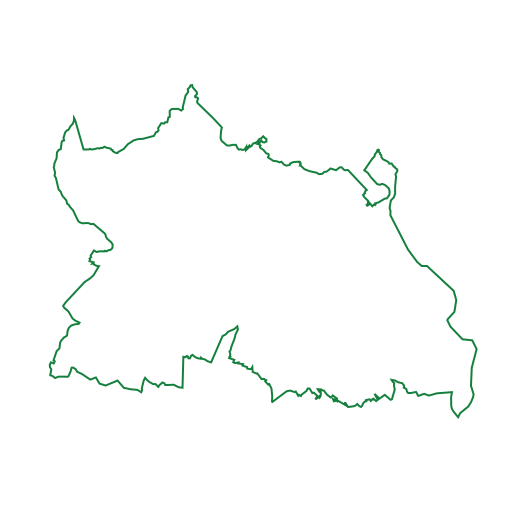 outline of Chilchotla, Puebla, Mexico, rotated 266°
{"feature_id": "50627088B92619426323393", "entity_name": "Chilchotla", "entity_type": "district", "adm_level": 2, "iso_a3": "MEX", "parent_name": "Mexico", "parent_adm1": "Puebla", "projection": "orthographic", "projection_center": [-97.21, 19.256], "detail": "fine", "context": "isolated", "style": "outline", "palette": "green", "viewbox_px": 512, "rotation_deg": 266, "n_neighbors": 0, "source": "geoboundaries", "source_scale": "gbopen_adm2", "svg_char_len": 6053}
<svg xmlns="http://www.w3.org/2000/svg" viewBox="0 0 512 512"><g transform="rotate(266 256 256)"><path d="M241.9,83.1L223.3,63.2L219.7,60.1L218.1,60.8L213.6,65.1L206.5,68.6L204.3,71.0L201.8,75.3L200.6,74.3L200.5,70.5L199.5,66.8L197.5,64.4L194.9,63.0L190.1,62.0L189.4,61.4L188.1,58.7L184.9,55.5L183.0,54.5L177.6,53.5L175.0,50.5L166.0,46.7L165.0,47.9L162.9,46.7L164.2,44.0L161.9,42.7L159.5,42.7L157.3,43.9L151.4,42.4L150.4,44.8L148.3,47.0L149.4,50.6L148.7,59.9L149.1,60.5L153.6,62.9L157.5,64.3L157.4,65.9L155.6,68.3L153.1,69.4L150.3,74.3L144.3,82.0L146.0,87.8L139.6,91.0L137.3,97.0L141.4,109.2L133.7,115.0L131.9,121.3L130.7,128.4L128.1,132.0L130.3,133.1L131.8,132.8L139.6,135.3L142.2,136.9L139.8,138.7L137.6,141.1L135.3,144.6L135.3,146.8L132.2,149.4L133.9,150.6L136.4,153.9L135.4,155.7L133.6,156.5L133.3,165.0L130.5,169.6L129.7,173.5L160.5,176.5L159.9,178.7L160.8,179.4L161.1,180.3L160.3,181.1L158.6,181.5L158.5,182.9L161.1,184.4L161.8,185.7L159.4,188.2L158.1,190.7L157.3,193.7L158.4,194.1L157.4,194.9L156.2,198.1L154.5,200.2L153.0,203.8L178.4,217.0L180.0,220.5L182.3,222.7L184.7,229.4L187.1,232.5L183.8,232.8L179.0,230.0L175.5,229.0L167.2,225.1L163.5,223.9L162.6,222.9L159.7,223.6L157.3,222.6L157.1,223.2L156.0,222.2L153.9,227.1L151.6,225.9L150.7,227.6L151.0,231.1L150.1,230.7L149.0,235.6L147.6,234.9L145.9,239.2L144.3,239.4L143.5,242.5L143.9,243.5L145.5,244.6L140.6,244.6L138.6,248.5L138.8,249.1L132.9,252.9L132.9,255.2L131.4,257.5L130.4,256.4L126.1,259.8L127.2,259.2L127.4,260.3L122.6,262.2L115.2,262.4L109.6,261.8L109.3,262.2L118.9,277.1L119.4,280.5L117.5,285.2L118.0,286.2L113.6,288.4L114.5,289.3L113.2,291.0L114.7,292.1L117.8,296.9L120.2,298.3L120.2,299.2L120.0,300.2L115.3,302.7L115.6,304.2L112.1,307.5L108.9,305.2L110.3,308.0L111.5,309.3L110.4,309.6L111.3,310.4L113.8,311.1L116.8,310.9L116.1,309.8L118.8,308.3L118.3,311.9L117.4,312.5L117.0,314.3L112.9,317.0L109.7,320.5L110.9,322.7L111.4,322.9L108.2,326.8L107.0,326.1L107.9,322.8L105.6,323.6L106.1,326.5L105.5,327.0L106.2,327.3L101.3,334.4L102.5,334.0L103.2,334.4L103.1,335.0L98.9,337.3L99.3,343.1L99.8,344.7L101.3,346.7L98.9,348.7L98.1,350.3L99.0,351.3L101.7,352.7L103.3,354.6L103.5,355.9L104.6,355.7L105.1,359.4L103.4,360.4L105.1,362.2L104.7,362.7L105.4,363.3L102.9,365.7L104.1,367.5L110.2,364.6L105.1,369.2L108.5,374.8L103.2,380.2L103.6,381.6L113.1,385.1L117.3,384.6L119.6,385.0L120.9,383.7L123.0,382.6L122.2,385.8L120.2,388.8L118.9,393.0L116.2,394.8L114.4,394.2L113.0,396.6L110.1,397.2L108.7,398.3L108.5,400.9L109.2,406.2L105.1,408.1L106.8,414.2L104.7,418.7L106.4,426.8L106.5,442.0L101.7,440.8L92.6,440.3L89.8,440.8L86.9,442.3L81.1,446.4L85.0,448.7L91.0,457.2L95.2,460.3L100.3,462.8L103.1,463.4L111.5,461.4L129.3,463.4L147.8,469.6L156.8,465.8L158.5,456.2L171.9,445.1L178.5,442.4L179.6,442.8L186.4,450.0L198.0,452.7L207.4,450.8L234.1,425.9L234.5,420.6L238.9,416.3L251.8,408.1L287.3,392.9L291.5,393.3L294.6,392.6L302.0,394.4L304.8,397.5L308.3,399.1L315.5,399.6L325.6,401.3L327.8,400.8L330.7,402.9L332.6,402.9L334.1,401.1L335.4,400.4L335.5,399.6L338.8,397.8L338.8,395.4L340.7,394.4L343.6,389.5L345.7,388.0L347.9,388.0L348.7,387.0L350.2,386.9L351.3,385.6L353.1,386.0L353.6,385.4L353.4,384.7L350.6,383.2L349.2,381.7L347.1,381.2L345.0,378.8L333.9,370.0L331.2,373.3L326.4,376.2L319.2,382.0L318.4,384.6L319.1,386.7L318.8,387.8L317.7,389.8L314.3,393.1L311.7,393.8L307.8,393.4L304.4,390.6L304.2,388.4L300.9,381.9L300.3,378.7L299.5,379.1L298.5,378.3L299.0,377.1L297.5,375.4L300.3,373.5L298.4,370.7L298.6,370.2L299.3,369.9L301.2,372.8L302.1,372.1L301.6,371.4L303.3,371.6L307.2,368.1L309.4,367.0L310.9,369.0L311.3,368.7L313.5,369.9L314.1,371.1L335.4,353.7L335.3,351.3L335.7,350.0L338.6,347.4L338.5,345.6L336.0,341.8L338.1,336.5L335.3,332.4L335.0,329.9L333.3,327.7L333.3,324.4L334.8,322.5L336.9,315.3L339.2,310.4L343.0,306.9L344.5,306.9L344.2,306.5L344.8,306.7L346.1,305.9L346.7,306.4L347.1,305.9L347.1,299.9L345.9,296.5L344.6,296.1L344.0,292.8L345.2,290.3L348.2,288.0L347.8,286.0L349.1,283.2L349.6,280.1L353.5,274.8L355.5,275.8L356.8,275.6L357.9,273.2L361.2,270.9L363.6,267.8L365.0,267.4L365.9,268.3L367.0,267.2L367.6,265.4L368.4,266.2L368.0,267.3L368.7,267.6L369.3,266.8L370.7,269.4L369.1,270.4L368.7,272.4L369.5,274.4L372.1,274.5L372.8,273.3L374.9,271.6L372.8,269.2L372.6,267.6L369.5,264.8L368.6,263.1L369.0,262.9L368.4,261.1L367.1,259.7L367.3,259.3L366.9,259.8L366.2,259.4L365.5,258.1L366.8,257.2L365.3,255.9L365.3,254.6L364.9,254.7L364.9,256.5L362.3,253.5L365.4,253.8L363.0,252.1L362.7,250.4L363.5,248.2L363.3,246.4L365.0,245.0L368.3,243.7L368.5,240.0L368.0,237.6L368.3,234.7L373.3,229.7L376.0,228.9L382.4,229.7L386.6,230.9L396.1,223.2L412.5,208.5L413.7,207.9L417.2,209.2L418.3,208.3L418.7,206.5L419.7,206.3L421.8,208.5L423.7,208.3L428.8,204.5L430.9,204.3L430.8,202.6L429.1,201.8L427.3,199.6L424.4,199.8L421.1,197.0L409.1,193.2L407.8,193.5L406.3,191.6L408.2,188.8L408.5,182.7L408.1,181.5L406.6,180.0L400.8,179.7L400.4,178.3L395.6,176.8L395.7,174.7L394.5,173.7L395.1,170.8L390.4,167.3L387.9,167.5L386.8,166.3L386.5,164.9L382.9,162.5L380.8,151.3L380.8,146.2L379.8,141.9L376.5,136.0L372.0,131.5L369.4,125.9L368.3,125.0L368.9,122.8L370.5,120.5L371.5,120.5L372.1,119.0L373.2,118.6L374.6,114.1L375.6,112.4L374.4,110.2L374.7,108.8L374.1,107.0L374.6,105.7L373.8,101.5L373.8,99.0L374.5,97.8L373.9,96.8L374.3,91.4L404.0,85.1L406.4,84.1L403.3,83.7L400.5,82.3L398.4,80.0L394.8,77.6L394.4,76.0L392.5,74.2L387.2,72.2L384.6,72.6L384.3,70.8L383.3,70.1L376.2,68.7L375.6,66.6L373.3,64.7L367.4,63.9L362.0,61.2L360.2,61.1L358.8,60.4L353.0,61.4L350.1,60.6L348.0,61.8L336.2,63.7L333.7,65.7L329.8,66.9L324.6,70.7L321.4,71.2L319.5,73.3L318.5,73.5L314.1,76.8L303.2,81.1L301.8,82.7L300.7,85.2L300.7,89.5L300.4,91.5L299.3,93.4L299.3,96.2L288.6,107.1L285.3,107.8L283.5,108.8L279.8,112.5L277.5,113.8L274.3,113.4L273.4,112.8L272.1,111.0L272.1,109.2L271.1,107.3L271.7,105.6L271.2,105.3L271.6,100.2L271.1,97.3L272.8,94.7L267.8,91.0L266.3,91.5L265.0,89.8L264.3,90.2L262.5,89.5L261.1,93.3L259.8,92.2L260.0,93.6L258.9,93.7L257.2,96.4L256.8,98.6L248.2,92.6L245.5,89.3L241.9,83.1Z" fill="none" stroke="#15803d" stroke-width="2"/></g></svg>